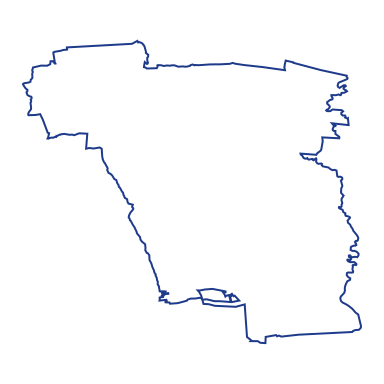 Brahasesti, Galati, Romania
{"feature_id": "2599482B25283721312735", "entity_name": "Brahasesti", "entity_type": "district", "adm_level": 2, "iso_a3": "ROU", "parent_name": "Romania", "parent_adm1": "Galati", "projection": "equal_earth", "projection_center": [27.355, 46.048], "detail": "fine", "context": "isolated", "style": "outline", "palette": "blue", "viewbox_px": 384, "rotation_deg": 0, "n_neighbors": 0, "source": "geoboundaries", "source_scale": "gbopen_adm2", "svg_char_len": 5915}
<svg xmlns="http://www.w3.org/2000/svg" viewBox="0 0 384 384"><path d="M352.2,332.0L353.1,331.0L355.2,330.1L358.9,329.8L360.6,328.1L361.0,327.0L360.9,325.6L358.2,314.5L355.6,312.6L352.3,308.8L348.9,306.1L346.8,304.7L342.4,302.4L341.1,301.1L340.5,299.3L340.3,297.9L340.9,296.5L344.2,292.9L344.9,290.8L344.8,288.0L345.2,285.9L346.8,282.1L347.4,281.2L350.0,279.9L350.3,278.5L350.1,278.2L348.1,277.0L346.8,275.3L346.9,273.1L348.1,272.5L352.2,272.6L353.0,272.3L353.2,271.6L352.4,269.2L352.9,266.7L352.6,265.5L353.0,265.0L354.7,264.8L356.0,265.1L356.4,264.7L356.3,263.8L354.3,262.1L349.8,262.1L348.0,261.2L347.3,260.1L347.4,259.7L348.1,259.6L350.2,260.2L351.2,258.9L350.9,258.1L349.1,257.1L348.8,255.8L349.2,255.3L349.8,255.3L351.7,257.1L352.3,257.2L355.4,256.8L357.2,257.2L358.2,255.9L358.6,254.8L358.5,253.6L356.8,251.8L354.6,250.9L352.3,250.9L350.6,249.9L350.9,247.2L351.2,246.7L354.3,245.5L355.3,245.7L356.4,244.9L355.9,243.3L355.2,242.7L355.0,241.9L355.9,240.9L357.2,240.9L357.8,240.4L358.3,238.1L357.8,236.7L356.7,234.9L353.4,230.9L352.5,228.7L351.0,226.6L350.2,224.7L348.0,222.7L347.6,220.6L350.0,217.8L349.9,217.3L348.6,216.5L345.7,215.8L345.2,214.6L345.4,213.3L343.3,212.1L342.6,209.8L339.6,208.5L338.9,207.8L339.1,207.0L340.8,207.2L341.5,206.6L341.6,204.8L342.3,203.0L341.5,200.3L341.6,198.8L343.6,195.6L341.3,193.2L341.0,192.2L341.3,188.2L342.2,186.6L342.3,185.5L340.9,180.6L342.3,179.3L342.3,178.1L341.6,177.2L340.4,176.7L338.3,176.9L337.3,176.2L336.5,170.5L334.4,169.8L332.6,170.2L330.2,169.0L328.5,167.5L322.7,166.3L321.7,165.1L322.1,164.1L321.2,163.5L318.5,163.8L317.3,163.4L316.1,161.7L316.4,159.2L316.1,158.4L315.6,158.5L313.7,160.3L313.1,160.1L312.8,159.0L312.5,158.9L308.9,159.6L308.1,159.2L307.3,158.1L306.3,158.7L304.6,158.5L303.5,157.8L302.0,155.3L300.7,154.5L300.5,153.6L316.4,154.8L317.1,153.4L320.7,150.6L321.3,149.4L322.7,141.3L322.3,137.4L339.2,138.3L339.4,137.5L339.2,136.8L335.4,133.9L335.4,131.0L333.8,130.9L332.8,130.2L332.7,129.1L333.7,126.5L334.6,126.4L335.5,125.8L334.6,125.2L333.5,125.1L332.0,123.3L348.6,125.1L347.9,118.1L347.2,118.5L345.1,117.5L345.6,116.7L345.1,115.5L342.7,115.5L341.3,114.2L341.3,112.9L343.1,111.3L341.8,110.2L332.7,109.5L331.3,110.2L330.8,110.9L329.6,111.2L327.1,111.1L326.2,110.5L326.7,109.8L328.0,109.3L329.5,107.6L329.8,106.8L329.4,105.7L327.2,103.7L327.1,102.2L330.1,99.9L331.9,99.6L332.6,98.9L332.6,98.0L331.6,96.5L331.4,95.1L335.7,95.2L338.7,94.5L340.4,95.2L341.1,94.7L341.3,93.3L341.6,92.9L344.1,92.8L347.0,91.3L346.3,90.4L345.1,90.0L343.5,88.7L343.8,87.5L345.8,86.1L345.4,85.3L343.9,85.2L339.5,87.9L338.1,86.9L337.6,85.6L338.2,83.4L339.0,82.5L347.2,79.1L347.6,78.1L346.5,76.5L346.7,75.7L320.9,70.1L293.3,62.8L293.2,62.3L285.7,60.6L284.7,64.8L284.7,65.9L284.3,67.0L285.0,70.2L262.9,67.1L243.8,65.0L235.1,63.7L232.6,62.9L230.0,63.8L220.8,64.3L210.3,64.4L198.6,65.2L194.8,65.0L194.5,65.3L192.6,64.5L190.4,65.2L190.1,65.8L186.9,66.6L184.8,66.7L183.0,66.4L178.3,66.7L174.4,65.3L171.8,65.3L170.3,65.7L166.7,65.5L163.7,66.0L161.5,65.3L158.0,65.1L157.4,65.4L157.6,66.5L156.8,68.2L146.8,68.5L145.5,67.5L144.0,67.2L144.1,65.5L144.8,62.1L146.9,63.9L147.4,63.8L147.9,63.0L147.9,62.4L147.3,60.9L147.2,58.4L147.4,57.5L148.1,56.8L148.2,54.7L145.9,53.0L145.9,51.4L144.6,46.8L143.7,45.0L142.9,44.5L142.6,43.6L141.4,42.9L139.4,42.1L138.1,42.4L137.4,40.9L132.0,43.8L67.1,47.4L66.9,47.4L67.1,49.6L63.0,50.0L61.1,50.7L54.6,51.8L53.5,52.3L53.3,52.8L54.6,61.1L54.5,61.7L54.7,62.1L54.5,62.4L55.0,62.7L55.4,63.5L54.9,63.6L52.9,61.2L50.6,61.2L50.2,64.2L47.2,65.7L41.1,65.6L33.0,67.5L32.2,70.5L32.8,71.9L32.2,73.9L32.4,77.4L32.2,78.2L30.7,79.9L30.4,81.8L28.7,82.5L24.0,83.3L23.0,84.0L23.5,85.3L25.7,88.5L27.5,89.9L27.3,91.4L26.5,92.1L26.6,92.9L27.5,95.1L29.9,96.4L31.2,96.7L31.6,97.3L31.5,98.7L30.7,99.6L31.2,101.6L30.5,102.9L31.1,107.6L31.0,109.2L28.8,112.2L28.2,113.9L28.3,115.0L28.6,115.2L35.2,115.0L40.2,114.2L42.8,119.6L47.7,132.7L49.1,133.2L48.1,137.6L47.6,138.5L48.6,138.6L49.3,138.1L51.6,137.6L53.3,137.7L55.0,136.9L56.1,137.0L56.4,136.0L56.8,136.2L59.6,134.6L60.5,134.7L61.5,134.2L64.4,133.9L69.5,134.8L72.1,134.6L74.2,135.2L79.2,133.3L87.3,133.7L86.1,148.7L89.2,148.0L93.8,148.5L99.6,147.5L101.7,148.7L102.2,156.2L102.7,159.1L103.9,162.0L104.8,163.0L107.7,168.3L107.2,170.0L108.6,173.0L110.6,173.9L112.2,175.5L114.4,179.1L116.3,180.0L117.3,183.3L118.5,185.0L118.9,186.9L119.9,187.7L122.0,191.6L123.0,192.6L123.7,195.5L124.2,196.1L124.6,197.4L125.1,198.1L126.8,198.9L127.2,199.6L127.5,201.8L128.5,203.6L132.8,204.7L132.1,206.9L133.3,208.4L133.0,209.5L130.4,212.7L129.0,215.5L128.7,217.5L129.5,218.4L130.0,220.3L130.8,220.9L132.8,224.8L134.3,226.9L136.7,232.0L136.8,233.1L140.0,237.0L140.5,239.6L141.9,241.6L145.1,244.2L145.5,247.8L145.3,250.3L146.7,252.8L147.9,253.3L149.3,255.3L149.5,259.9L151.4,263.6L152.4,267.0L153.9,270.3L154.5,272.8L155.7,274.4L155.5,275.2L156.7,277.8L157.1,280.3L157.8,281.6L157.7,284.4L158.8,286.0L159.7,291.3L164.7,291.3L164.9,291.7L165.7,291.6L165.7,292.0L166.1,292.0L161.8,292.6L162.3,293.6L168.2,293.1L168.3,293.8L164.0,294.2L164.1,294.8L163.0,294.8L161.8,295.6L161.9,296.2L163.3,296.2L163.1,297.0L160.1,297.3L159.6,297.6L159.8,298.8L159.5,300.6L166.3,299.8L166.7,300.7L165.4,301.8L165.5,302.3L169.5,302.5L170.0,303.7L177.2,303.2L180.6,302.4L186.8,300.7L187.6,299.6L190.7,298.6L195.5,298.5L199.7,297.8L201.1,298.0L201.7,298.8L202.1,298.7L201.1,295.4L199.1,291.9L197.8,290.4L199.9,290.5L204.8,289.5L212.5,288.9L225.5,291.4L225.5,292.1L222.4,291.4L224.5,294.2L225.4,296.6L226.3,295.8L228.7,295.1L229.5,296.7L230.5,300.9L231.1,300.9L230.2,296.4L231.1,296.1L230.6,294.7L231.9,293.8L233.6,296.2L234.7,295.7L239.2,300.6L231.7,302.1L219.8,301.2L214.7,301.2L206.6,299.3L202.3,299.7L203.5,303.9L208.8,304.2L214.8,305.8L235.8,306.8L244.7,304.4L247.0,337.0L251.4,340.5L250.8,341.1L257.7,341.1L260.3,342.8L265.4,343.1L265.7,336.9L276.1,335.1L277.1,336.3L279.0,335.6L281.4,336.6L298.5,334.7L352.2,332.0Z" fill="none" stroke="#1e3a8a" stroke-width="2"/></svg>